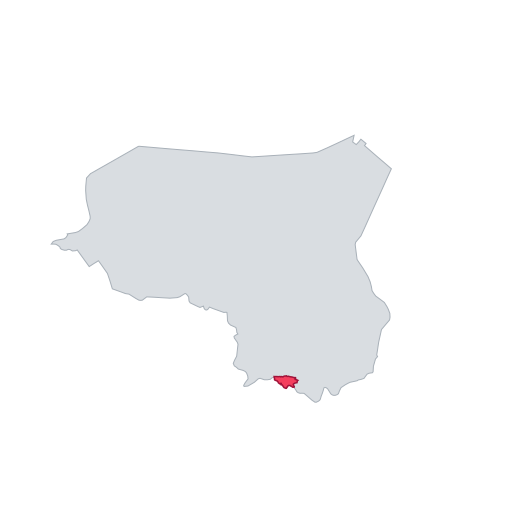 Pshdar, As-Sulaymaniyah, Iraq (highlighted), rotated 145°
{"feature_id": "34846034B40807866261239", "entity_name": "Pshdar", "entity_type": "district", "adm_level": 2, "iso_a3": "IRQ", "parent_name": "Iraq", "parent_adm1": "As-Sulaymaniyah", "projection": "robinson", "projection_center": [45.138, 36.265], "detail": "fine", "context": "in_parent", "style": "filled", "palette": "rose", "viewbox_px": 512, "rotation_deg": 145, "n_neighbors": 0, "source": "geoboundaries", "source_scale": "gbopen_adm2", "svg_char_len": 4639}
<svg xmlns="http://www.w3.org/2000/svg" viewBox="0 0 512 512"><g transform="rotate(145 256 256)"><path d="M214.1,103.9L217.2,103.1L223.0,98.4L226.5,94.0L227.6,93.6L230.6,95.1L232.8,95.5L237.8,93.8L240.8,94.7L243.3,95.8L244.7,95.8L251.4,98.6L253.1,98.9L256.6,99.3L261.8,99.4L265.1,97.6L267.5,95.9L269.1,95.9L270.7,96.3L272.1,97.1L273.2,98.4L273.8,100.2L273.5,106.1L274.0,107.7L274.9,108.8L276.1,109.0L277.5,107.7L280.0,105.8L283.0,103.8L285.3,101.9L286.6,101.3L288.6,101.3L290.6,101.7L291.7,102.6L291.7,102.9L292.8,105.6L295.4,115.9L297.0,117.2L298.7,118.3L299.9,119.9L300.4,121.4L300.2,123.8L300.3,126.6L301.0,128.7L302.0,130.3L302.9,131.2L304.3,131.2L306.0,131.6L307.1,133.2L310.7,145.0L311.0,146.5L312.5,147.0L315.0,146.8L317.5,148.0L320.2,149.9L322.8,153.5L324.5,154.1L329.8,153.5L337.2,154.1L340.6,156.0L340.3,157.1L337.6,158.4L333.0,159.9L331.6,162.4L330.8,165.7L331.0,167.5L332.1,169.6L335.4,173.6L335.6,175.0L336.2,177.1L336.8,178.4L336.2,181.1L333.2,183.0L329.3,185.0L321.4,194.0L320.8,195.9L320.8,201.3L320.1,202.8L317.5,202.8L315.6,202.5L315.5,204.4L314.2,206.8L313.5,209.0L316.5,214.1L317.0,216.8L316.5,219.3L313.8,223.5L312.2,226.4L312.6,227.0L314.7,228.2L321.3,237.5L323.4,240.8L326.2,239.9L327.2,240.0L328.0,240.5L328.5,241.6L328.5,243.0L327.8,245.1L331.4,246.0L332.7,248.1L336.8,255.4L336.7,257.5L334.7,261.0L334.7,263.3L335.1,265.3L335.7,266.0L341.8,266.3L344.4,267.1L350.8,270.9L358.0,276.6L363.9,281.3L369.0,285.2L374.4,285.0L375.8,285.7L377.2,286.9L378.8,290.2L381.9,297.6L384.5,300.1L388.6,306.0L392.5,311.5L390.0,319.1L387.7,326.9L387.7,337.1L387.8,342.5L393.0,342.8L398.7,343.0L398.8,349.5L398.9,356.1L399.0,363.5L400.7,363.8L403.5,365.4L404.6,367.9L406.1,369.2L407.8,369.4L409.6,370.6L411.3,372.7L412.0,374.4L411.5,375.5L411.9,377.5L413.1,380.3L414.6,381.6L416.9,383.2L413.8,384.2L410.5,383.4L403.4,380.1L401.1,380.1L398.1,381.3L398.0,382.4L390.5,378.8L387.8,378.0L386.9,377.9L382.6,378.0L376.5,378.6L372.9,380.1L370.4,381.7L369.3,383.3L368.9,384.1L367.0,388.7L364.8,394.5L362.5,399.8L358.0,407.3L355.5,410.7L350.1,417.1L344.3,418.4L330.7,417.1L315.8,415.7L300.8,414.3L289.7,413.3L288.9,413.0L277.9,403.8L269.3,396.6L258.5,387.6L247.5,378.5L236.3,369.1L228.2,362.4L218.4,353.7L209.5,345.7L202.5,339.5L193.5,334.0L186.4,329.7L176.2,323.5L168.0,318.5L161.0,314.2L150.2,307.7L146.6,305.9L135.4,303.7L124.8,301.8L113.8,299.9L106.4,298.6L111.4,294.0L110.0,289.8L106.4,290.5L103.1,291.5L101.3,285.0L103.8,284.2L101.7,275.7L99.5,266.9L97.3,258.5L95.1,249.8L104.5,244.3L111.5,240.1L121.3,234.3L130.8,228.7L139.7,223.4L149.6,217.5L158.5,212.3L166.5,210.1L168.2,208.5L172.0,201.3L175.2,195.2L175.3,193.7L175.4,185.1L176.1,174.9L177.3,169.4L179.1,164.6L180.8,161.1L181.0,157.9L180.9,154.5L179.2,149.5L177.5,144.3L177.8,139.2L178.2,136.5L179.3,132.2L181.3,129.0L183.3,127.0L190.9,125.0L195.4,123.8L201.5,118.2L205.1,114.9L210.1,109.6L213.8,105.8L214.1,104.4L214.1,103.9Z" fill="#d9dde1" stroke="#a8b0b8" stroke-width="1"/><path d="M310.3,146.9L310.4,146.7L310.6,146.4L310.9,145.8L311.0,145.4L311.1,145.0L311.2,144.7L311.5,144.4L311.7,144.2L311.8,143.9L311.6,143.3L311.3,142.8L310.9,142.5L310.8,142.1L310.7,141.9L310.3,141.5L310.3,141.4L310.3,141.0L310.2,140.4L310.2,140.1L310.3,139.7L310.4,139.4L310.4,139.2L310.2,138.7L310.1,138.3L310.0,138.0L310.0,137.8L309.6,137.6L309.1,137.5L308.7,137.5L308.4,137.2L308.5,136.9L308.8,136.7L309.2,136.5L309.4,136.3L309.2,136.0L309.0,135.8L308.7,135.5L308.7,135.4L308.4,135.2L308.4,134.7L308.5,134.2L308.6,133.8L308.5,133.3L308.5,133.0L308.6,132.8L308.5,132.2L308.4,131.9L307.8,131.0L307.5,130.5L307.0,130.2L306.6,130.4L306.2,130.6L305.8,130.6L305.5,130.8L305.3,131.0L304.9,131.0L304.4,131.3L303.6,131.3L303.1,130.9L302.6,130.6L302.3,130.3L302.3,129.9L302.2,129.6L302.1,129.4L301.6,128.9L301.5,128.2L301.3,127.6L301.0,127.4L300.3,126.9L299.9,126.7L299.7,126.8L299.5,127.3L299.5,128.0L299.4,128.4L299.3,128.9L299.1,129.5L298.7,129.7L297.5,129.6L296.9,129.5L296.6,129.4L296.1,129.2L295.6,129.0L295.3,128.8L295.1,128.7L294.7,129.1L294.2,129.6L293.7,130.0L293.0,130.1L293.2,130.5L294.1,131.8L294.7,132.4L294.4,133.2L293.9,133.2L293.6,133.2L293.4,133.7L293.8,134.1L294.2,134.3L294.6,134.6L295.0,135.1L295.5,135.8L296.0,136.3L296.6,136.9L296.9,137.1L297.3,137.6L297.8,138.1L298.4,138.9L298.7,139.0L298.9,139.1L299.1,139.2L299.3,139.4L299.6,139.5L299.8,140.4L300.4,140.6L300.5,140.7L301.2,141.1L301.9,141.5L302.5,141.5L303.3,141.5L303.6,141.9L303.9,142.3L304.2,142.6L304.5,142.6L304.8,142.7L305.1,142.8L305.2,143.0L305.3,143.4L306.1,143.9L306.7,144.2L307.0,144.4L307.6,144.9L308.1,145.3L308.6,145.7L309.1,146.0L309.5,146.3L310.3,146.9Z" fill="#f43f5e" stroke="#9f1239" stroke-width="1.5"/></g></svg>